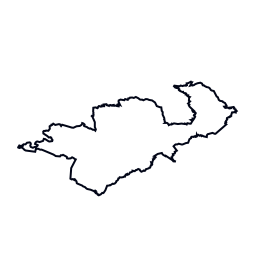 Naolinco, Veracruz, Mexico, rotated 297°
{"feature_id": "50627088B47546840295566", "entity_name": "Naolinco", "entity_type": "district", "adm_level": 2, "iso_a3": "MEX", "parent_name": "Mexico", "parent_adm1": "Veracruz", "projection": "equal_earth", "projection_center": [-96.831, 19.639], "detail": "fine", "context": "isolated", "style": "outline", "palette": "ink", "viewbox_px": 256, "rotation_deg": 297, "n_neighbors": 0, "source": "geoboundaries", "source_scale": "gbopen_adm2", "svg_char_len": 5877}
<svg xmlns="http://www.w3.org/2000/svg" viewBox="0 0 256 256"><g transform="rotate(297 128 128)"><path d="M101.0,67.8L99.4,67.5L100.4,65.6L100.0,64.6L97.7,61.8L97.9,59.4L96.3,59.0L96.2,58.3L95.3,58.4L94.8,57.8L93.9,57.4L91.8,58.7L89.4,58.3L88.5,56.1L88.0,55.9L87.2,54.4L86.4,54.1L84.7,55.1L84.2,59.8L83.6,61.8L84.6,63.0L84.6,63.9L84.2,64.0L83.0,66.2L81.9,66.4L80.3,64.2L80.1,63.3L80.5,59.2L80.1,57.9L78.0,58.2L75.3,55.6L74.9,53.5L74.3,52.7L72.9,52.2L71.6,52.4L71.8,55.3L71.4,55.5L69.6,54.9L69.0,53.7L67.2,52.2L67.0,49.9L67.9,48.9L69.6,48.7L70.3,48.1L70.6,47.0L69.0,44.7L66.9,44.1L66.0,42.3L64.9,41.9L64.5,42.4L63.9,42.4L63.5,42.1L63.6,41.0L62.9,40.7L63.2,39.4L63.1,39.1L60.9,38.9L60.7,39.2L61.0,40.6L61.9,41.1L62.4,42.5L62.1,44.1L61.5,45.7L61.5,47.1L64.7,56.1L68.0,55.3L67.9,56.2L68.7,57.2L68.8,59.5L69.5,60.8L69.7,62.9L70.5,73.7L70.2,76.4L71.8,80.3L73.2,80.5L73.9,81.8L74.6,82.3L74.5,86.6L73.3,87.5L73.7,88.8L74.9,90.7L76.5,91.5L76.5,93.3L76.2,94.7L76.3,95.7L66.5,95.6L56.7,99.7L56.6,101.1L57.3,101.8L57.3,103.8L58.1,103.5L58.2,103.8L57.1,106.3L55.6,107.4L55.5,107.9L55.9,113.4L55.6,114.3L55.8,116.5L55.2,118.5L55.2,119.5L56.0,122.6L56.3,126.3L56.1,127.0L57.3,127.2L57.2,128.0L56.0,128.3L56.2,129.1L55.3,129.1L55.3,131.3L54.8,131.5L54.8,132.4L55.4,132.5L55.4,133.0L56.4,133.8L58.5,134.5L58.7,135.4L59.2,135.7L62.2,136.1L67.1,135.6L68.2,137.3L68.8,137.7L68.9,138.2L71.4,139.6L71.6,140.5L72.5,141.4L74.3,142.0L75.2,141.7L76.9,142.6L78.6,142.3L78.9,142.8L80.3,142.9L80.8,144.3L82.1,146.1L83.2,146.7L83.1,147.0L83.3,147.4L85.4,147.1L86.7,148.1L86.0,148.7L87.2,149.8L89.4,150.0L89.7,150.6L91.3,151.8L92.0,151.4L92.6,153.6L94.2,154.2L94.4,154.7L96.1,155.7L96.3,157.3L95.7,157.8L95.1,159.7L96.4,160.9L97.2,161.2L97.4,162.4L98.1,162.7L99.3,162.6L101.6,164.9L102.3,165.0L102.8,165.7L105.1,165.3L105.6,166.0L106.6,166.1L106.9,165.8L106.9,165.1L107.8,164.3L107.9,165.2L108.2,165.4L109.0,165.0L110.8,165.0L111.4,164.5L111.8,165.2L112.6,165.5L113.0,164.7L114.4,165.9L115.0,165.3L114.9,164.2L118.4,166.3L121.1,169.5L120.3,170.6L120.0,171.8L119.9,174.3L120.4,174.3L119.5,182.2L118.9,183.6L119.8,185.8L119.7,183.1L120.4,182.3L120.2,181.9L120.5,180.9L121.2,180.8L121.7,180.1L122.4,180.6L123.5,180.3L124.4,180.8L125.1,179.8L126.6,181.2L127.7,181.1L128.1,180.5L130.0,181.8L132.4,176.9L134.5,177.6L135.1,178.0L135.8,179.4L137.0,180.3L137.7,183.4L138.1,184.1L140.8,186.4L142.2,188.3L145.9,187.8L147.6,188.8L148.4,188.4L149.3,188.9L149.8,190.5L150.6,190.8L150.8,191.7L151.3,191.7L151.3,192.0L150.8,192.3L151.2,192.8L151.7,193.1L153.3,192.4L152.6,193.4L153.8,193.8L153.7,195.6L154.7,196.1L154.7,196.9L154.3,197.4L155.0,197.9L154.9,199.2L155.7,202.3L157.5,201.6L158.6,201.8L162.0,205.5L162.2,207.9L162.6,208.6L175.7,213.9L175.7,213.2L176.2,212.5L177.1,212.9L177.4,212.3L177.9,212.8L178.8,212.1L180.7,212.5L181.1,211.9L181.9,211.7L182.8,212.5L183.3,212.6L183.6,213.4L184.6,213.5L184.7,214.2L185.6,214.5L185.8,214.2L189.1,213.6L189.3,213.7L189.5,214.5L190.3,215.3L190.7,217.0L191.7,216.6L192.5,217.1L192.9,216.1L192.4,215.7L193.4,215.3L193.4,213.6L194.2,213.6L194.7,212.6L192.9,210.2L192.4,210.7L191.7,209.9L191.9,209.0L191.4,208.9L191.5,208.0L191.2,207.4L191.5,206.7L191.3,205.8L190.4,206.1L190.1,205.6L190.2,204.9L190.7,204.0L191.5,205.2L192.7,205.6L194.3,203.1L194.3,200.8L194.7,200.1L194.0,197.7L194.3,196.1L196.2,194.1L196.3,192.7L199.9,187.7L199.4,185.4L199.5,184.5L200.5,182.8L200.7,181.4L200.1,179.1L200.3,178.4L200.1,177.1L200.5,176.1L200.0,175.2L201.2,173.8L201.2,171.9L199.4,169.6L197.6,168.0L196.2,167.3L195.2,166.2L195.4,165.7L194.0,164.2L197.8,164.3L197.5,163.6L197.8,163.0L195.3,161.3L194.4,160.0L193.0,161.0L192.6,160.1L192.0,159.6L191.8,159.9L191.1,158.4L190.2,157.7L189.7,155.6L188.7,155.1L188.3,154.2L187.9,154.3L187.7,153.4L187.9,153.3L186.8,150.1L186.1,150.0L185.5,151.7L185.7,153.1L186.1,153.8L186.0,155.2L185.5,155.7L185.7,156.0L185.0,156.3L185.1,157.1L184.9,157.4L184.7,157.2L184.6,157.8L184.8,160.2L185.2,160.7L184.8,161.0L184.6,161.9L185.0,163.3L184.5,163.7L185.1,163.9L184.9,164.5L183.8,165.5L184.4,166.7L183.5,166.9L183.7,169.0L183.4,168.9L183.3,167.7L182.8,168.7L179.9,169.9L179.9,171.2L177.0,170.4L176.7,172.1L175.7,172.0L174.9,173.3L173.7,177.4L173.6,177.0L173.0,177.1L172.0,178.4L171.9,178.9L172.5,179.6L172.0,181.6L170.7,181.6L170.8,181.3L169.8,180.9L169.1,181.0L168.5,182.7L166.3,182.6L165.8,181.3L165.5,181.5L165.4,182.5L164.6,182.4L164.4,181.2L163.8,180.5L163.7,182.2L160.4,182.0L160.0,181.4L159.2,178.7L157.8,178.7L157.8,176.7L157.3,176.7L156.2,173.6L154.2,170.7L153.0,166.9L151.9,166.0L151.8,165.4L151.4,165.6L150.9,165.3L150.4,164.1L149.2,163.1L149.7,162.8L149.6,162.3L150.2,161.1L150.2,160.3L149.3,158.6L149.8,158.8L150.7,157.5L151.5,157.1L151.9,156.4L152.2,156.5L153.4,155.7L155.6,152.8L157.9,151.7L158.7,150.2L161.5,148.3L161.0,146.9L160.6,143.7L163.0,140.5L163.5,136.9L162.6,134.1L162.5,132.4L161.9,130.8L159.7,129.1L159.7,127.7L159.1,126.7L158.8,125.5L159.2,123.8L159.2,120.9L157.4,119.5L157.1,118.0L156.0,116.0L155.0,115.8L154.5,114.8L153.0,115.0L152.5,112.3L151.1,112.1L149.9,108.4L148.3,107.2L147.0,107.7L145.0,110.4L145.0,109.5L144.7,108.4L144.2,108.0L143.7,108.6L144.1,109.6L143.1,109.9L142.5,108.1L142.8,107.6L141.7,105.9L142.1,105.1L141.5,104.8L141.8,104.4L141.2,103.6L140.8,103.9L140.3,102.8L140.5,101.9L139.3,100.5L139.0,100.7L138.7,98.8L139.3,98.4L139.4,98.0L137.8,95.5L137.3,95.8L137.3,96.6L136.6,96.9L136.4,96.6L136.3,94.5L136.1,94.3L135.2,94.8L134.5,93.7L134.5,92.5L134.2,92.0L133.1,91.9L132.5,91.4L132.1,91.9L131.7,91.7L131.6,89.7L130.3,87.9L126.8,89.5L125.8,90.4L124.9,90.6L124.2,91.3L123.1,91.6L122.6,90.4L122.2,90.3L121.9,91.2L118.1,95.8L113.8,98.0L112.1,100.0L110.8,100.1L111.0,99.4L110.8,97.9L110.5,97.6L110.6,94.7L110.1,94.3L109.9,92.6L110.2,90.9L109.8,88.1L110.1,87.7L111.4,87.7L111.8,86.2L111.6,85.0L110.8,85.3L109.6,85.1L107.9,84.1L106.2,81.4L103.5,79.3L102.9,77.9L101.0,67.8Z" fill="none" stroke="#020617" stroke-width="2"/></g></svg>